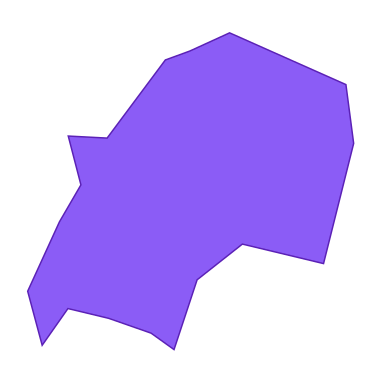 the Highly Urbanized City of Marikina, rotated 3°
{"feature_id": "PHL-5550", "entity_name": "Marikina", "entity_type": "Highly Urbanized City", "adm_level": 1, "iso_a3": "PHL", "parent_name": "Philippines", "parent_adm1": "", "projection": "natural_earth1", "projection_center": [121.115, 14.636], "detail": "fine", "context": "isolated", "style": "filled", "palette": "violet", "viewbox_px": 384, "rotation_deg": 3, "n_neighbors": 0, "source": "natural_earth", "source_scale": "10m", "svg_char_len": 386}
<svg xmlns="http://www.w3.org/2000/svg" viewBox="0 0 384 384"><g transform="rotate(3 192 192)"><path d="M221.2,31.1L340.1,76.7L350.9,135.0L327.1,256.6L245.0,241.4L201.7,279.4L182.3,350.3L158.5,335.1L115.3,322.5L74.2,314.9L50.4,352.9L33.1,299.7L61.2,228.7L80.7,190.7L65.5,142.6L104.4,142.6L158.5,61.5L182.3,51.4L221.2,31.1Z" fill="#8b5cf6" stroke="#5b21b6" stroke-width="1.5"/></g></svg>